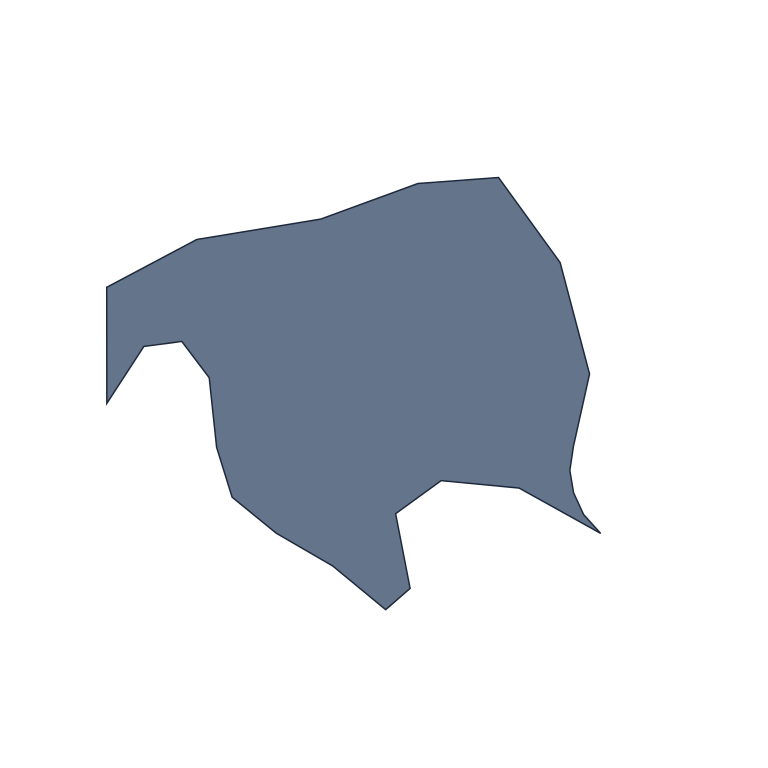 map outline of Norfolk Island (Robinson projection), rotated 319°
{"feature_id": "NFK", "entity_name": "Norfolk Island", "entity_type": "country or territory", "adm_level": 0, "iso_a3": "NFK", "parent_name": "Oceania", "parent_adm1": "", "projection": "robinson", "projection_center": [167.943, -29.055], "detail": "fine", "context": "isolated", "style": "filled", "palette": "slate", "viewbox_px": 768, "rotation_deg": 319, "n_neighbors": 0, "source": "natural_earth", "source_scale": "50m", "svg_char_len": 483}
<svg xmlns="http://www.w3.org/2000/svg" viewBox="0 0 768 768"><g transform="rotate(319 384 384)"><path d="M337.5,152.1L444.4,218.0L541.1,254.9L605.9,303.3L596.6,407.9L545.7,511.3L486.0,555.4L467.5,571.2L455.7,590.5L449.0,613.5L449.5,638.9L417.7,551.2L363.7,494.4L307.7,489.5L269.6,555.4L237.2,555.4L225.9,487.7L204.8,426.0L195.1,369.8L216.1,322.0L256.2,264.6L259.3,219.2L227.4,198.1L162.1,216.8L238.2,129.1L337.5,152.1Z" fill="#64748b" stroke="#1e293b" stroke-width="1.5"/></g></svg>